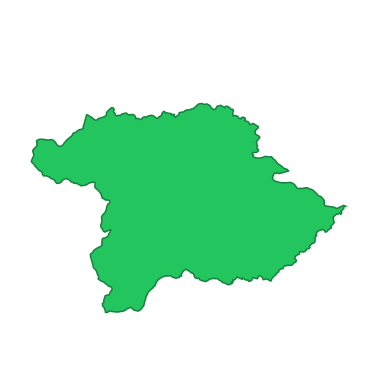 outline of Guarda-Mor, Minas Gerais, Brazil, rotated 246°
{"feature_id": "56859067B60921450270915", "entity_name": "Guarda-Mor", "entity_type": "district", "adm_level": 2, "iso_a3": "BRA", "parent_name": "Brazil", "parent_adm1": "Minas Gerais", "projection": "albers", "projection_center": [-47.118, -17.753], "detail": "fine", "context": "isolated", "style": "filled", "palette": "green", "viewbox_px": 384, "rotation_deg": 246, "n_neighbors": 0, "source": "geoboundaries", "source_scale": "gbopen_adm2", "svg_char_len": 5972}
<svg xmlns="http://www.w3.org/2000/svg" viewBox="0 0 384 384"><g transform="rotate(246 192 192)"><path d="M172.0,288.8L174.0,288.1L176.4,285.5L178.6,284.6L182.5,282.3L184.1,281.5L186.2,281.1L187.7,280.6L189.1,279.7L190.9,279.4L192.0,278.7L193.1,275.9L194.8,273.4L194.8,271.3L195.3,268.0L196.0,266.4L197.1,264.5L198.2,263.2L199.6,262.2L200.8,263.2L202.1,262.4L203.2,263.6L202.3,266.0L202.0,267.7L202.6,269.5L204.0,269.9L205.5,269.0L206.7,269.7L207.7,270.7L209.0,270.5L210.3,271.1L211.7,271.2L213.5,274.9L214.6,276.3L216.2,275.7L219.0,273.5L220.8,273.8L222.3,274.9L223.2,277.0L223.5,278.3L224.9,279.2L225.8,278.4L229.0,276.4L229.9,275.4L229.8,273.9L230.1,272.1L231.9,272.3L233.4,271.8L235.7,269.3L236.9,270.5L238.2,270.5L239.5,269.1L239.9,267.5L238.9,266.4L240.4,264.9L242.6,264.5L244.2,262.8L245.0,260.4L248.4,261.9L249.5,263.0L251.0,262.8L251.6,261.4L253.6,260.7L255.7,259.5L256.7,257.4L255.7,256.2L259.4,253.7L260.2,250.0L258.3,247.2L258.4,245.4L261.1,243.8L262.5,243.8L263.8,243.4L266.2,241.7L267.2,238.5L268.7,237.2L269.6,234.8L269.6,232.9L268.4,229.7L267.6,226.7L268.1,225.3L268.0,223.2L269.0,221.0L269.2,218.8L268.5,217.1L269.5,213.9L269.5,212.3L268.1,211.5L267.7,209.9L267.6,208.5L267.0,207.3L268.5,206.4L269.9,207.5L270.7,206.3L270.6,204.5L272.3,204.7L273.2,202.9L274.6,201.2L275.1,199.9L276.8,199.7L277.1,198.3L276.1,196.6L274.4,195.3L274.0,192.2L273.2,190.3L274.5,189.2L277.6,187.5L278.7,185.9L279.1,183.8L279.3,181.9L278.8,180.3L280.1,179.3L280.1,177.1L278.8,175.3L279.5,174.1L280.6,173.3L281.4,172.2L281.8,170.6L284.1,170.9L286.0,170.3L287.1,169.1L287.6,167.7L288.0,165.6L290.9,164.0L291.3,162.6L291.8,159.4L290.9,157.8L291.8,156.5L292.1,154.9L292.8,153.5L294.1,153.4L295.4,153.6L297.3,152.8L299.0,154.5L301.1,154.1L301.8,152.6L300.1,147.7L299.1,146.0L297.4,145.3L296.4,143.3L296.8,138.8L297.2,136.5L296.5,134.6L296.9,132.9L298.6,131.8L300.8,130.9L305.4,127.5L304.6,126.3L303.1,125.4L301.4,123.7L298.1,121.2L296.1,119.2L294.2,118.3L294.3,116.2L294.8,114.2L294.5,112.1L293.8,110.1L294.1,108.4L293.8,106.8L292.7,105.9L291.9,104.2L291.5,102.3L290.0,97.6L289.3,96.4L287.2,92.4L287.1,90.8L287.8,89.3L289.1,88.1L293.5,87.3L295.9,86.3L297.1,84.7L298.0,81.5L299.8,78.9L301.4,76.1L302.3,73.9L302.2,71.2L300.6,70.2L298.4,69.8L297.2,68.7L296.5,67.4L296.0,65.6L295.1,63.9L293.8,63.0L291.7,62.9L290.1,62.5L289.0,61.6L288.1,60.5L286.0,58.1L284.7,57.6L283.3,58.0L282.2,58.7L280.9,59.0L279.3,59.1L277.6,59.9L275.0,60.6L273.6,61.3L272.3,62.5L270.5,63.0L269.1,62.6L267.3,62.8L266.6,64.0L266.1,65.4L263.6,67.8L261.9,68.6L259.6,70.7L258.3,71.3L256.9,71.4L255.1,71.8L254.2,73.4L254.0,75.0L254.3,76.9L255.2,78.1L255.6,79.4L255.6,81.6L254.9,83.0L253.6,84.3L252.2,85.2L250.7,85.4L249.4,86.8L247.9,87.8L247.2,89.7L244.4,92.1L242.7,93.2L241.6,97.6L241.5,99.1L242.0,101.1L241.8,103.1L241.3,105.3L240.6,106.8L239.3,107.2L236.7,105.5L234.9,105.3L231.6,107.0L227.8,108.0L226.1,108.0L224.6,107.6L223.1,107.5L221.6,108.7L219.9,109.7L218.2,112.9L216.3,113.2L215.4,111.7L215.1,110.2L212.9,107.9L210.4,106.2L208.7,104.2L207.2,100.7L206.0,99.2L202.6,98.1L201.2,97.3L198.8,95.1L196.3,94.5L194.8,95.0L192.4,95.1L190.8,96.2L190.8,98.7L191.0,100.4L190.2,102.3L188.4,100.3L187.8,99.2L186.5,98.1L185.7,96.7L185.4,94.0L186.0,91.8L185.2,90.6L182.0,88.8L179.9,88.1L179.5,86.5L179.3,81.9L178.9,79.7L178.4,78.0L177.2,76.8L176.5,73.8L173.6,72.9L166.8,72.0L163.0,71.2L159.1,72.5L157.1,72.4L155.0,72.0L153.5,72.4L152.0,72.0L150.9,70.9L148.2,72.3L145.6,74.7L139.7,77.7L138.9,78.7L137.8,79.6L136.2,79.7L135.2,78.9L134.2,77.0L131.6,74.3L132.4,72.6L132.5,70.6L130.9,69.0L129.5,67.8L128.4,67.1L127.0,66.6L126.5,64.7L124.3,64.0L122.8,64.6L118.9,64.5L117.2,64.0L116.5,65.6L116.7,67.6L116.5,69.2L115.4,70.2L112.6,75.1L111.1,80.9L111.1,83.1L111.5,84.4L111.7,85.9L111.5,89.1L110.1,90.0L108.8,90.4L107.6,91.1L105.1,94.3L105.3,97.0L107.7,101.7L111.5,104.4L113.3,106.3L115.4,107.7L116.3,109.1L117.8,110.6L119.4,113.7L120.2,117.1L121.2,118.4L121.3,120.0L123.2,121.8L125.2,124.5L125.8,126.1L126.0,128.0L126.5,130.8L125.7,134.7L125.0,135.9L124.3,138.4L122.1,139.6L119.9,142.0L119.1,145.9L120.2,146.8L119.5,148.2L121.3,148.9L123.5,152.2L123.9,155.1L120.5,157.4L118.5,158.5L117.0,159.9L115.3,160.2L114.2,159.8L112.6,159.9L111.3,160.8L110.6,163.0L108.7,163.4L107.0,165.0L104.6,168.0L104.7,170.8L105.4,172.7L104.8,174.0L104.3,176.9L103.2,178.1L102.5,180.1L100.0,181.2L98.8,182.4L96.6,183.3L95.8,184.7L94.5,185.6L93.1,186.8L92.2,188.3L92.1,191.4L93.5,191.5L93.1,192.9L95.1,193.4L94.5,194.8L94.9,196.6L96.2,198.6L94.8,199.5L93.5,201.0L91.8,202.2L92.7,203.6L90.7,204.6L89.1,206.2L88.7,207.5L87.2,207.6L86.9,210.5L88.0,211.5L89.0,212.9L86.2,216.4L88.3,219.3L87.1,220.8L85.4,221.5L84.0,221.2L82.8,221.7L82.3,224.9L80.8,226.1L79.3,226.9L78.6,228.1L80.4,229.7L82.1,233.6L82.4,235.3L83.8,237.4L83.7,238.8L85.1,239.5L85.6,241.9L85.0,244.0L86.4,245.1L86.9,246.5L86.3,248.0L86.2,249.7L85.1,251.4L84.6,253.9L85.7,256.2L85.9,258.6L87.3,259.7L88.7,258.9L90.1,259.4L91.5,260.6L91.3,262.1L91.8,263.3L91.5,264.6L92.4,265.4L93.7,266.1L91.8,269.4L91.9,271.9L93.3,273.5L92.8,274.9L93.1,277.1L94.8,277.2L95.5,279.3L96.1,281.2L95.8,283.3L97.8,284.9L100.0,285.8L101.0,286.7L101.4,288.1L102.7,287.8L103.7,289.2L104.8,290.1L105.0,292.4L104.7,295.9L103.0,297.3L101.2,297.4L100.9,299.0L101.9,300.9L102.3,302.7L102.4,304.7L103.9,304.5L106.1,309.4L110.5,310.3L111.7,311.0L112.9,314.6L112.3,316.6L112.7,318.4L111.1,319.0L112.2,320.3L113.7,320.4L115.2,323.9L116.9,325.1L116.7,326.4L118.1,324.9L118.0,317.9L118.9,316.7L120.4,315.6L124.4,309.2L125.6,307.7L127.5,308.0L130.1,309.2L131.7,309.1L134.8,308.2L136.2,307.2L137.0,306.0L140.1,305.1L144.2,303.4L145.5,302.5L147.4,300.3L149.1,298.9L149.9,296.6L150.3,294.3L152.2,290.3L153.1,289.3L154.8,289.2L156.7,288.8L158.8,287.7L160.1,286.6L161.0,285.2L162.4,281.0L164.2,277.4L165.4,275.6L167.4,273.2L168.5,272.0L169.8,271.2L171.9,271.2L173.4,272.3L174.7,273.5L175.4,274.8L175.2,276.5L174.4,277.8L173.5,279.0L173.0,280.9L172.6,284.8L172.2,286.7L172.0,288.8Z" fill="#22c55e" stroke="#15803d" stroke-width="1.5"/></g></svg>